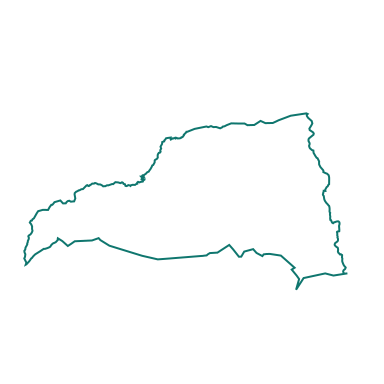 San Pablo Macuiltianguis, Oaxaca, Mexico, rotated 185°
{"feature_id": "50627088B33728265994200", "entity_name": "San Pablo Macuiltianguis", "entity_type": "district", "adm_level": 2, "iso_a3": "MEX", "parent_name": "Mexico", "parent_adm1": "Oaxaca", "projection": "robinson", "projection_center": [-96.525, 17.517], "detail": "fine", "context": "isolated", "style": "outline", "palette": "teal", "viewbox_px": 384, "rotation_deg": 185, "n_neighbors": 0, "source": "geoboundaries", "source_scale": "gbopen_adm2", "svg_char_len": 5399}
<svg xmlns="http://www.w3.org/2000/svg" viewBox="0 0 384 384"><g transform="rotate(185 192 192)"><path d="M83.6,279.8L84.9,280.3L100.3,276.6L112.0,271.0L114.7,269.4L117.5,267.8L124.9,267.0L129.9,268.8L135.8,264.2L142.6,263.4L145.6,264.8L151.1,264.3L158.9,263.8L163.3,261.6L165.3,260.3L167.1,259.8L167.5,259.1L169.5,257.9L173.7,258.9L176.3,258.5L178.8,259.3L181.5,258.0L183.1,258.5L183.4,258.5L194.9,255.1L202.1,251.5L202.8,251.5L203.1,250.7L203.9,249.8L204.6,249.0L204.9,248.1L205.2,248.1L205.4,247.1L206.3,245.8L207.3,245.6L207.8,244.8L208.9,244.4L211.0,244.1L212.0,244.6L212.9,243.9L213.5,244.6L214.6,243.9L215.2,243.7L215.6,243.9L217.7,242.4L217.9,242.7L217.9,244.4L221.4,243.6L222.6,243.2L223.2,241.9L224.1,240.9L224.1,240.0L226.0,239.2L226.0,237.3L227.3,234.4L226.5,232.5L227.1,231.4L227.2,230.2L226.8,229.4L227.4,228.4L228.5,228.1L229.3,226.5L229.4,225.1L229.1,223.3L229.8,222.0L231.6,220.7L231.9,220.2L231.8,218.2L233.0,215.5L233.9,215.0L234.5,213.1L235.5,211.0L236.3,209.8L236.9,208.5L238.3,207.8L239.7,206.0L241.3,204.8L241.4,204.2L242.0,204.2L242.7,204.3L243.1,203.7L242.9,203.4L243.1,203.0L244.0,202.9L243.7,202.6L242.6,202.3L241.7,202.7L241.4,202.5L242.8,201.7L243.4,200.3L243.0,200.0L240.4,200.5L240.4,200.2L241.6,199.2L241.9,198.1L243.1,197.8L243.9,197.7L245.1,197.0L246.6,197.4L247.4,196.6L247.2,195.5L248.5,194.9L249.4,194.1L251.7,194.0L253.4,193.4L253.8,192.7L254.4,193.1L256.1,193.3L256.7,192.8L257.6,192.2L258.8,192.3L259.5,193.9L260.9,194.1L261.4,195.0L262.2,195.5L263.0,195.4L263.7,194.7L264.2,194.6L266.3,195.1L269.2,195.1L271.2,193.0L272.2,193.0L276.0,191.3L277.2,191.3L278.0,190.8L278.9,190.2L280.0,190.1L281.0,189.9L281.9,190.6L283.9,191.5L285.2,191.5L286.1,191.4L286.8,191.8L288.9,192.5L289.7,192.4L290.4,191.8L292.1,191.7L293.7,190.2L294.3,190.0L294.8,189.2L295.8,188.9L296.7,189.7L297.6,189.4L300.9,185.4L302.5,185.1L304.2,183.9L305.2,183.7L305.9,183.0L307.4,182.2L308.7,180.7L308.8,179.5L307.7,175.4L308.6,172.4L311.9,171.8L313.5,172.6L315.0,172.1L316.0,171.1L316.8,169.7L319.5,169.4L322.4,172.1L328.1,169.9L329.3,168.0L330.0,167.1L331.0,167.0L332.6,164.4L333.8,161.6L339.1,161.2L341.7,160.2L343.6,159.5L344.8,157.3L347.2,152.0L348.5,150.9L349.0,149.6L350.1,149.3L350.9,147.4L349.4,145.9L348.3,143.8L348.1,141.2L347.5,139.4L348.1,137.5L349.2,135.7L350.6,134.6L351.2,133.7L350.5,132.0L350.6,130.7L351.3,128.8L351.2,127.9L351.7,126.3L351.5,125.7L352.0,124.3L353.0,122.1L353.1,120.2L353.9,118.7L353.5,117.1L352.6,115.5L352.7,112.9L353.3,111.2L350.8,107.1L351.3,105.1L350.7,105.5L348.1,108.8L346.3,111.9L345.6,112.4L345.4,112.8L344.9,113.6L344.5,114.2L342.8,116.2L339.5,118.7L337.9,119.9L334.8,122.4L333.6,122.5L331.2,123.5L329.5,124.4L328.4,125.2L327.7,126.7L326.4,128.3L325.5,129.0L325.1,129.1L323.4,130.1L321.5,132.5L321.7,133.3L321.6,134.2L316.9,131.8L311.0,127.4L307.7,130.0L304.5,132.7L287.4,135.0L281.0,137.9L279.1,136.1L269.6,131.3L236.1,124.1L220.2,121.9L210.4,123.5L178.3,128.9L175.7,129.3L174.0,129.7L171.9,130.1L170.9,131.2L168.9,132.7L163.0,133.6L161.4,133.8L150.3,142.5L146.1,138.5L139.6,131.6L137.3,131.9L134.8,137.2L126.1,140.4L122.4,136.9L116.3,134.3L115.2,136.1L112.5,136.7L109.1,137.1L97.9,136.4L83.2,125.5L85.9,123.4L80.5,117.9L77.7,114.6L79.8,103.7L73.3,116.0L52.2,122.5L43.8,121.1L30.1,124.5L31.9,124.1L33.3,124.1L33.8,124.5L34.3,125.3L34.5,126.0L34.4,126.4L34.3,127.0L34.1,127.3L33.7,127.8L33.4,128.0L32.9,128.5L32.7,128.8L32.3,130.1L32.5,130.4L33.2,131.0L33.8,131.6L34.4,132.3L35.0,133.3L35.4,134.1L35.9,135.1L36.3,136.1L36.4,137.1L36.4,138.0L36.4,138.7L36.5,139.1L36.9,139.8L36.9,140.9L36.9,141.7L37.0,142.3L37.5,142.5L38.3,143.0L38.6,143.0L38.8,142.8L39.0,142.6L39.4,142.8L39.6,143.1L40.0,143.6L40.5,144.0L41.0,144.3L41.5,145.6L41.4,147.2L41.8,148.9L42.2,149.4L43.2,149.8L44.5,150.8L44.9,151.2L45.2,151.6L45.3,151.9L45.3,152.2L45.2,152.8L45.0,153.4L44.7,153.8L44.2,154.2L43.5,154.8L43.0,155.3L42.6,155.8L42.4,156.5L42.4,157.3L42.5,158.1L42.7,158.6L43.0,159.0L43.2,159.6L43.0,160.1L43.1,160.5L43.4,161.2L43.6,161.6L43.6,161.9L43.5,162.2L43.7,163.3L43.7,163.6L43.8,164.1L44.1,164.6L44.1,164.8L44.0,165.0L43.6,165.3L42.9,165.5L42.4,165.6L42.1,165.6L41.9,165.7L41.9,166.0L41.9,167.0L42.1,168.1L42.2,169.0L42.3,169.4L42.4,169.8L42.4,170.1L42.5,170.6L42.6,170.9L42.4,171.8L42.4,172.1L42.3,172.5L42.2,173.0L42.3,173.5L42.4,174.2L42.5,174.4L42.6,174.7L42.9,175.0L43.4,175.4L43.8,175.5L44.7,175.4L45.9,175.0L46.7,174.5L47.4,174.4L47.9,174.1L48.1,173.8L48.3,173.8L48.6,173.2L48.8,173.2L49.1,173.4L49.6,173.6L49.9,174.0L50.2,174.4L50.6,175.2L51.2,176.2L51.7,176.2L51.9,176.8L52.1,178.0L52.1,179.6L52.2,180.0L52.4,180.6L52.6,181.6L52.7,182.2L52.5,183.2L53.0,183.8L53.2,184.3L53.3,184.7L53.4,186.9L53.6,188.1L53.9,189.3L54.2,190.1L54.8,190.5L55.7,191.5L57.4,193.0L58.9,194.9L59.6,196.3L60.4,199.5L61.2,200.4L61.4,200.9L61.4,201.2L61.3,201.6L61.2,202.1L61.1,202.4L61.2,202.9L60.9,203.8L60.9,204.7L59.2,204.7L59.5,205.9L58.3,208.6L57.3,209.5L56.8,211.0L56.1,211.7L56.5,217.2L56.7,218.7L57.3,220.6L59.0,222.0L60.5,222.4L62.9,223.3L62.9,224.4L63.2,225.1L66.2,228.0L67.7,230.4L68.0,232.4L68.0,233.5L69.9,236.6L70.8,236.9L72.2,238.6L74.3,241.6L74.7,243.9L76.1,244.2L78.3,245.8L78.8,246.6L79.4,248.1L79.0,249.9L79.1,250.9L80.4,253.0L80.5,254.7L80.1,255.6L78.2,257.5L76.0,259.6L75.8,260.9L76.5,261.9L78.4,263.0L80.1,263.9L80.6,265.4L78.9,268.8L78.1,270.8L78.9,273.1L82.9,276.1L84.2,277.8L84.4,278.9L83.6,279.8Z" fill="none" stroke="#0f766e" stroke-width="2"/></g></svg>